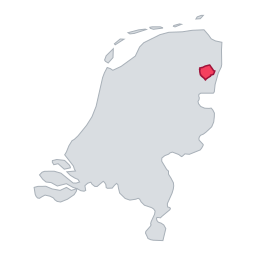 location of Borger-Odoorn, Drenthe, Netherlands
{"feature_id": "6326949B13062469247327", "entity_name": "Borger-Odoorn", "entity_type": "district", "adm_level": 2, "iso_a3": "NLD", "parent_name": "Netherlands", "parent_adm1": "Drenthe", "projection": "albers", "projection_center": [6.905, 52.899], "detail": "fine", "context": "in_parent", "style": "filled", "palette": "rose", "viewbox_px": 256, "rotation_deg": 0, "n_neighbors": 0, "source": "geoboundaries", "source_scale": "gbopen_adm2", "svg_char_len": 4187}
<svg xmlns="http://www.w3.org/2000/svg" viewBox="0 0 256 256"><path d="M162.9,240.6L157.9,240.4L153.2,240.2L150.7,239.7L148.0,238.5L146.9,236.0L145.5,233.1L145.9,231.3L150.4,226.2L151.1,224.8L150.6,224.0L151.1,221.8L154.6,214.2L155.1,211.1L153.6,208.9L151.5,207.6L144.4,205.2L141.1,201.9L139.6,199.1L138.1,198.3L135.8,199.2L129.9,200.1L125.2,198.5L119.7,193.1L118.5,188.3L117.9,184.7L116.6,183.4L114.6,185.2L112.2,188.1L107.5,188.3L106.2,187.6L106.0,185.9L105.8,184.4L104.5,182.4L103.2,181.3L97.1,186.5L94.8,186.4L92.1,184.3L90.8,182.2L87.7,183.2L84.9,185.7L85.7,190.4L84.1,191.2L80.8,190.7L77.0,188.6L72.8,187.3L66.4,183.7L57.3,186.0L51.2,182.6L46.0,182.0L42.8,179.3L39.5,174.9L42.1,172.2L44.6,171.3L54.1,171.2L61.0,173.2L73.1,183.0L76.2,183.1L79.6,182.0L78.0,179.4L74.9,178.1L70.4,175.4L66.8,171.8L75.5,171.0L74.4,169.1L73.4,166.0L64.7,154.8L66.4,152.0L68.9,145.8L72.0,140.7L74.3,139.4L78.1,135.8L86.6,125.3L92.0,116.7L96.1,106.4L102.6,77.7L104.4,72.9L107.2,67.5L110.5,68.7L112.8,70.3L121.1,66.4L135.3,56.1L139.6,47.0L143.8,42.7L159.9,34.7L168.8,32.3L182.4,31.8L192.2,30.3L204.0,29.8L208.5,35.0L211.2,38.8L215.4,40.9L221.9,42.3L221.5,49.7L221.7,64.5L221.2,67.1L218.2,73.3L215.1,84.5L214.3,91.8L213.3,93.2L200.7,93.2L198.9,94.4L198.7,96.0L199.3,97.9L199.0,99.8L198.0,101.3L198.5,103.7L200.7,106.5L204.7,108.2L209.0,108.4L211.2,108.1L212.8,110.0L214.4,113.1L214.3,116.9L213.7,122.0L211.7,126.8L205.8,132.3L203.2,134.2L200.7,135.2L199.5,136.6L198.9,138.4L199.1,140.1L203.2,144.5L203.1,145.5L201.9,147.7L200.3,149.9L189.4,154.3L184.9,153.9L182.4,156.2L181.5,156.6L178.7,154.5L172.4,152.1L170.0,152.9L168.7,154.1L164.7,155.7L161.8,158.1L161.7,161.2L166.7,169.5L168.5,171.1L168.5,174.2L170.9,178.0L173.4,182.8L173.7,185.9L173.3,189.0L172.0,193.3L167.4,203.5L167.4,205.5L167.7,207.0L169.2,207.4L170.4,208.2L170.0,209.6L161.6,216.6L160.5,217.8L157.0,217.4L156.5,218.6L156.9,220.5L158.3,222.2L161.2,223.2L163.8,225.0L165.8,228.6L162.9,240.6ZM77.0,188.6L76.2,191.5L74.1,194.7L67.5,199.2L60.6,202.0L57.1,201.4L54.7,199.7L53.5,198.0L50.0,196.2L45.0,195.1L41.8,196.8L39.5,198.3L37.6,198.0L36.2,196.5L35.2,194.3L34.1,187.4L37.9,186.4L45.9,186.3L52.0,188.9L60.1,190.4L66.5,187.4L71.3,190.4L77.0,188.6ZM64.6,160.4L69.2,164.9L70.1,166.3L70.4,167.8L64.3,169.2L58.1,163.7L53.8,164.7L52.3,162.2L52.4,160.6L56.8,159.5L64.6,160.4ZM113.0,57.6L108.2,63.0L105.4,61.3L104.6,60.0L106.2,55.7L113.3,48.7L113.0,57.6ZM134.3,33.4L129.9,33.9L128.0,32.7L138.5,29.9L145.2,29.1L146.4,29.5L134.3,33.4ZM162.6,28.1L153.4,29.3L150.3,28.3L149.8,27.3L152.3,26.8L160.2,26.8L162.6,27.7L162.6,28.1ZM124.0,39.2L115.2,44.8L114.4,43.8L120.2,39.0L124.0,39.2ZM200.3,18.7L195.9,19.0L197.2,16.9L201.2,15.4L203.3,15.4L200.3,18.7ZM181.5,24.3L175.0,26.9L173.4,26.3L173.8,25.5L179.5,23.9L181.5,24.3Z" fill="#d9dde1" stroke="#a8b0b8" stroke-width="1"/><path d="M209.6,65.0L207.9,65.4L206.8,65.7L205.5,66.0L205.2,66.1L204.9,66.2L204.8,66.3L204.7,66.4L204.5,66.5L204.4,66.5L204.2,66.6L203.8,66.8L203.2,67.1L202.9,67.3L202.7,67.4L202.3,67.4L202.3,67.5L202.1,67.5L201.7,67.6L199.8,68.0L200.0,69.3L199.6,69.4L199.7,69.7L199.7,69.8L199.7,70.1L199.8,70.4L199.8,70.5L199.8,71.0L199.8,71.5L199.8,71.8L199.9,72.1L199.9,72.3L200.0,72.6L200.0,72.8L200.1,73.1L200.1,73.3L200.2,73.9L200.2,74.0L200.3,74.3L200.4,74.6L200.6,74.5L200.9,75.1L201.0,75.2L201.0,75.3L201.0,75.5L201.8,76.1L201.6,76.2L201.8,76.4L202.8,77.2L203.7,77.9L203.9,78.1L204.0,78.1L204.3,78.5L204.3,78.4L204.4,78.5L204.5,78.6L204.8,78.9L204.9,79.0L205.0,79.1L205.1,79.3L205.3,79.5L205.5,79.7L205.6,79.8L205.7,79.6L205.8,79.5L205.8,79.4L205.9,79.2L206.0,79.1L206.3,78.9L206.5,78.7L207.2,78.3L207.6,78.0L207.7,77.9L207.8,77.8L208.1,77.6L208.4,77.4L208.6,77.3L209.3,76.9L209.8,76.6L210.0,76.4L210.3,76.3L210.3,76.2L210.4,75.9L210.5,75.8L210.4,75.8L210.5,75.8L210.5,75.7L210.5,75.8L210.5,75.7L210.7,75.4L210.7,75.2L210.8,75.2L211.0,75.1L211.9,74.8L212.1,74.8L212.2,74.7L212.8,74.5L213.1,74.4L213.4,74.4L214.4,72.2L214.8,71.0L213.9,70.8L213.8,70.7L213.7,70.6L213.5,70.4L213.4,70.4L213.2,70.0L212.9,69.6L212.8,69.4L212.7,69.3L212.5,69.0L212.4,68.9L212.3,68.7L212.2,68.5L212.1,68.4L211.6,67.7L211.2,67.2L210.4,66.0L209.7,65.0L209.6,65.0Z" fill="#f43f5e" stroke="#9f1239" stroke-width="1.5"/></svg>